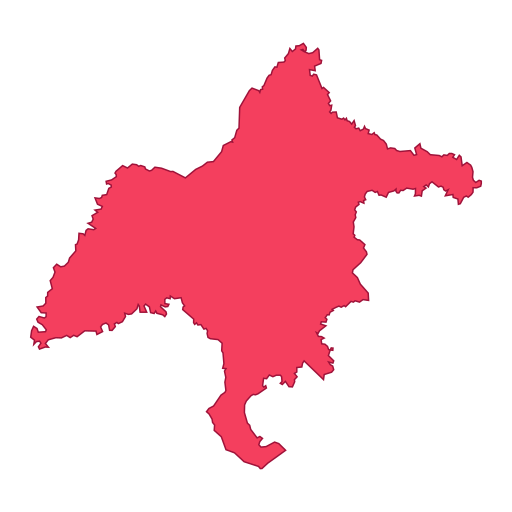 Júlio de Castilhos, Rio Grande do Sul, Brazil (orthographic projection)
{"feature_id": "56859067B79484358238114", "entity_name": "Júlio de Castilhos", "entity_type": "district", "adm_level": 2, "iso_a3": "BRA", "parent_name": "Brazil", "parent_adm1": "Rio Grande do Sul", "projection": "orthographic", "projection_center": [-53.633, -29.282], "detail": "fine", "context": "isolated", "style": "filled", "palette": "rose", "viewbox_px": 512, "rotation_deg": 0, "n_neighbors": 0, "source": "geoboundaries", "source_scale": "gbopen_adm2", "svg_char_len": 6000}
<svg xmlns="http://www.w3.org/2000/svg" viewBox="0 0 512 512"><path d="M304.6,51.8L306.1,50.2L306.3,47.4L303.4,43.4L299.3,45.7L295.9,46.0L295.5,49.0L292.3,51.5L289.9,48.5L288.4,53.6L284.7,58.0L285.3,60.6L283.9,62.1L278.3,62.5L276.9,67.2L274.9,66.9L272.4,70.4L271.1,74.7L269.1,75.3L267.1,78.0L263.9,85.6L262.3,86.8L262.6,89.2L260.6,89.6L259.8,92.4L258.8,90.7L252.0,88.1L249.4,90.6L239.7,107.4L239.0,128.1L236.8,130.3L234.7,137.7L231.9,140.0L232.6,142.1L230.8,141.7L223.3,145.5L221.6,151.7L213.4,161.6L207.4,162.2L202.4,166.1L195.7,169.4L185.4,177.9L172.9,171.4L170.7,171.6L161.5,168.2L154.9,167.2L151.6,170.3L149.4,171.0L145.5,169.0L144.8,166.9L140.7,165.5L138.7,166.3L136.6,164.7L132.3,164.1L127.5,168.0L122.6,165.6L116.0,171.3L115.0,173.1L116.2,174.6L116.3,176.7L111.6,179.9L106.1,181.3L106.6,184.0L108.2,183.5L111.2,185.1L111.3,187.0L108.8,188.4L106.7,194.6L102.3,195.3L101.6,197.5L99.4,198.5L95.0,197.9L97.5,204.2L102.3,206.4L101.1,209.1L95.0,210.1L97.7,212.3L92.0,215.7L93.2,219.1L91.7,222.2L88.0,223.3L95.7,228.4L93.8,229.7L88.1,228.8L86.1,230.4L84.8,235.4L83.1,233.8L79.0,233.3L78.6,239.9L77.1,244.0L75.5,244.7L75.8,250.9L69.6,258.0L68.3,262.3L64.4,266.1L60.7,266.8L56.7,264.2L53.4,267.7L55.0,272.1L53.0,277.4L50.2,280.6L52.3,288.7L47.7,292.4L47.6,296.1L45.8,297.5L45.8,303.2L43.1,306.0L37.1,307.0L41.2,312.7L46.1,313.0L46.1,316.7L44.4,318.0L39.0,316.5L36.7,319.1L38.0,322.2L42.3,324.7L46.3,329.8L45.5,331.7L38.3,332.2L37.0,328.5L33.6,326.3L31.6,330.7L30.7,337.2L34.5,340.2L33.8,344.4L36.4,341.6L39.6,341.2L40.9,343.2L38.4,346.8L39.5,349.1L45.3,347.0L48.4,347.2L45.4,343.5L48.3,339.8L55.8,337.7L61.4,337.9L66.7,335.4L70.2,337.6L73.7,335.3L77.1,336.7L84.8,330.8L96.0,331.1L96.9,334.5L102.6,331.6L100.6,326.9L102.5,324.4L106.0,323.0L108.6,324.9L109.6,330.3L112.1,330.4L115.3,326.6L114.4,323.9L116.9,322.4L118.3,323.6L122.4,321.7L125.5,316.5L124.7,313.2L128.4,314.4L131.6,313.9L136.9,308.8L138.2,304.5L139.3,306.1L140.1,312.2L146.7,312.2L144.0,306.0L145.6,304.1L149.4,306.9L150.6,312.6L154.1,313.5L155.7,311.0L156.9,313.3L162.7,314.8L164.8,316.6L166.5,314.0L166.0,311.8L160.5,306.7L161.0,304.9L165.2,306.9L167.8,306.5L168.9,304.3L164.9,303.6L164.8,299.4L166.7,297.8L170.1,298.7L170.3,296.0L174.5,298.7L181.1,297.7L182.4,302.8L184.6,305.9L183.1,307.0L182.7,309.6L193.7,319.1L193.6,322.7L194.7,324.4L196.5,322.8L197.9,325.0L200.9,324.6L203.9,329.1L206.1,328.4L207.6,330.8L207.1,333.5L208.0,337.4L210.3,338.7L218.1,339.6L222.1,343.2L221.7,350.8L223.0,352.9L223.9,363.6L222.7,368.3L226.0,368.6L224.5,371.1L225.8,377.4L224.9,382.2L225.9,390.5L224.9,392.4L221.0,395.1L213.6,406.0L208.9,408.5L206.5,411.7L209.1,414.0L212.1,419.2L212.6,422.5L214.6,425.0L214.2,430.4L221.3,436.7L226.0,449.7L234.5,452.8L244.1,461.7L258.5,466.4L260.3,468.6L262.0,468.5L267.7,463.2L285.6,450.3L278.8,443.6L274.6,442.1L266.1,446.6L261.0,447.1L258.8,444.7L259.8,441.6L262.5,438.4L259.9,436.5L257.1,437.9L250.7,429.4L249.7,425.3L247.4,423.1L244.4,412.6L244.6,404.9L246.3,401.0L250.9,395.8L253.2,394.4L255.5,394.8L258.0,393.8L266.4,388.0L265.7,385.7L263.8,387.1L262.6,385.7L263.6,378.3L266.6,378.7L269.3,375.0L272.9,376.7L276.3,375.2L280.4,375.2L281.6,376.7L282.0,381.6L280.3,383.3L282.3,384.5L285.4,381.4L289.0,386.7L292.4,386.9L294.7,381.7L294.4,379.7L297.1,376.8L294.4,373.4L296.8,372.0L296.8,367.5L301.8,367.0L302.6,363.1L304.1,360.9L323.5,379.6L324.2,374.5L331.6,372.2L333.7,369.7L332.7,366.1L330.2,364.6L328.6,362.0L332.9,363.1L333.7,360.8L328.4,355.6L330.2,350.0L328.6,349.5L327.5,346.4L324.9,344.2L321.7,343.8L321.1,339.6L324.1,338.1L321.5,336.6L318.4,336.4L316.5,332.6L318.1,333.4L319.5,330.8L325.9,325.8L320.6,324.0L321.3,321.8L326.0,322.1L326.9,319.3L325.2,317.7L327.3,314.7L329.1,314.9L330.0,312.2L333.3,310.5L332.1,309.3L335.9,307.4L338.9,306.1L341.2,307.2L344.1,305.6L345.6,306.7L351.0,301.4L353.4,302.1L355.1,300.8L359.5,302.1L363.0,299.6L368.6,300.4L368.2,293.1L360.3,284.1L357.4,277.6L352.4,272.9L353.0,269.7L360.7,262.7L367.0,254.3L366.4,251.8L363.5,248.0L364.9,244.6L359.7,240.0L357.3,239.7L354.1,237.2L354.8,235.3L353.2,233.8L354.0,226.8L353.3,222.0L355.8,217.6L355.2,214.8L356.3,211.9L354.7,209.8L355.6,207.1L359.0,204.4L358.3,202.2L360.1,201.6L363.9,203.2L363.6,200.5L365.7,199.7L364.4,197.0L365.2,194.1L367.2,191.4L372.1,190.3L375.2,192.4L377.4,191.5L379.0,195.2L381.2,195.0L386.2,197.2L388.5,192.4L393.9,190.9L396.0,189.1L395.9,191.2L397.1,192.9L398.9,192.9L400.6,190.3L403.1,190.5L406.7,188.1L413.1,189.2L415.5,188.5L415.4,193.9L414.5,196.0L419.1,195.3L421.4,196.1L422.2,190.8L426.0,188.1L423.8,186.6L426.2,184.9L428.4,186.9L429.5,183.7L432.0,181.8L438.5,187.0L441.0,186.1L443.2,187.3L443.8,189.7L445.6,191.0L448.2,189.7L445.3,195.8L452.9,194.5L453.2,197.4L457.9,199.0L458.4,204.3L460.3,203.7L463.7,197.3L466.3,196.0L468.2,197.2L471.3,194.6L473.0,192.2L473.1,187.7L476.7,187.8L480.7,186.2L481.3,183.6L481.3,181.1L479.1,180.3L475.8,182.5L473.4,180.3L472.5,177.3L473.0,171.7L471.8,167.3L470.6,165.1L466.9,162.5L462.2,165.7L461.0,156.9L459.3,155.3L456.6,159.5L452.8,157.3L454.5,154.7L451.8,153.5L449.3,153.5L447.3,155.4L443.8,154.9L441.9,156.8L439.2,155.5L430.3,154.7L427.2,151.7L420.9,148.2L419.9,143.7L414.8,148.0L416.6,154.6L414.0,155.3L410.4,150.6L399.9,151.5L396.6,150.5L394.8,148.5L390.6,147.9L387.5,148.9L386.3,144.1L383.5,140.5L380.5,139.1L376.8,135.0L374.9,134.6L374.2,132.7L371.9,134.5L368.2,133.6L369.1,130.1L365.5,128.6L364.5,126.4L363.4,129.1L360.2,130.7L358.7,128.1L356.0,128.8L354.4,127.2L355.5,125.7L354.1,120.6L351.7,124.1L349.5,121.5L347.1,120.7L346.4,118.3L345.0,119.9L343.6,118.1L341.9,119.2L337.4,117.8L336.2,112.0L332.4,112.2L331.1,113.4L329.6,111.9L330.9,110.2L331.7,105.2L329.7,105.6L328.4,103.4L330.6,100.9L327.5,94.5L329.2,92.6L323.5,87.4L322.0,88.5L316.5,74.9L313.7,74.2L312.3,76.1L310.2,75.4L309.5,69.6L315.2,70.7L314.6,66.1L321.0,63.4L321.6,60.4L319.6,59.7L318.9,49.9L317.7,48.3L312.7,52.7L308.8,53.6L304.6,51.8ZM304.6,51.8L301.3,49.9L302.9,49.4L304.6,51.8ZM330.2,350.0L332.8,350.3L333.0,348.1L331.2,347.9L330.2,350.0Z" fill="#f43f5e" stroke="#9f1239" stroke-width="1.5"/></svg>